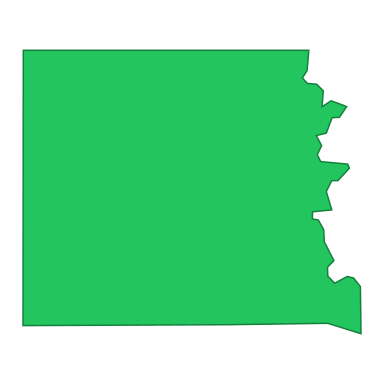 Llano, Texas, United States of America (Robinson projection)
{"feature_id": "52423323B33925670758301", "entity_name": "Llano", "entity_type": "district", "adm_level": 2, "iso_a3": "USA", "parent_name": "United States of America", "parent_adm1": "Texas", "projection": "robinson", "projection_center": [-98.441, 30.704], "detail": "fine", "context": "isolated", "style": "filled", "palette": "green", "viewbox_px": 384, "rotation_deg": 0, "n_neighbors": 0, "source": "geoboundaries", "source_scale": "gbopen_adm2", "svg_char_len": 603}
<svg xmlns="http://www.w3.org/2000/svg" viewBox="0 0 384 384"><path d="M361.0,333.7L360.4,286.6L353.6,278.0L347.2,276.5L334.7,283.2L327.8,276.1L327.5,267.2L333.9,260.6L324.3,241.8L323.7,229.7L318.3,220.0L312.4,218.9L312.5,211.8L331.8,209.9L326.3,191.6L331.7,180.7L338.0,180.6L349.4,168.1L347.6,164.1L320.7,161.6L317.3,154.8L321.6,145.6L316.3,135.6L326.3,133.1L332.1,117.7L339.4,117.3L346.7,106.6L331.2,100.8L322.1,106.6L323.3,90.9L316.6,84.2L307.4,83.4L302.4,78.0L307.1,70.5L308.8,50.3L23.3,50.3L23.0,325.6L228.4,324.7L327.7,323.3L361.0,333.7Z" fill="#22c55e" stroke="#15803d" stroke-width="1.5"/></svg>